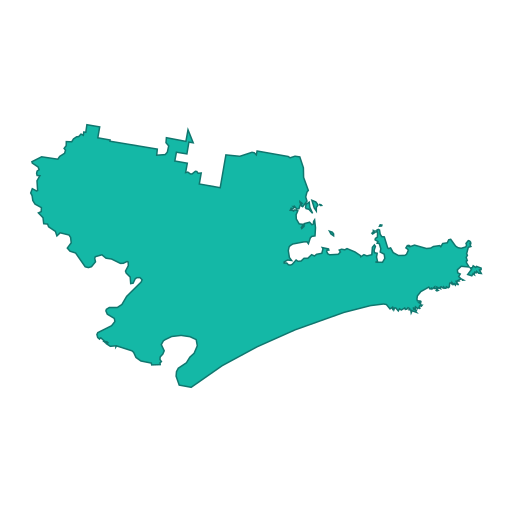 Port Stephens, New South Wales, Australia (Albers equal-area conic projection)
{"feature_id": "25037944B52772221720298", "entity_name": "Port Stephens", "entity_type": "district", "adm_level": 2, "iso_a3": "AUS", "parent_name": "Australia", "parent_adm1": "New South Wales", "projection": "albers", "projection_center": [151.986, -32.729], "detail": "fine", "context": "isolated", "style": "filled", "palette": "teal", "viewbox_px": 512, "rotation_deg": 0, "n_neighbors": 0, "source": "geoboundaries", "source_scale": "gbopen_adm2", "svg_char_len": 6079}
<svg xmlns="http://www.w3.org/2000/svg" viewBox="0 0 512 512"><path d="M39.1,169.7L37.1,171.1L36.6,173.3L37.1,175.5L39.9,175.7L37.0,180.8L37.6,190.5L36.6,191.0L32.3,188.7L30.7,193.0L32.1,195.7L32.8,200.5L35.0,204.1L41.4,207.6L41.2,211.6L38.4,212.9L43.0,217.7L43.7,223.7L47.6,224.1L48.6,226.8L55.4,231.4L56.9,235.9L60.2,232.8L69.0,235.0L70.6,237.4L71.2,242.8L67.3,248.1L70.0,251.2L75.6,253.0L85.2,266.8L88.4,267.6L91.5,266.7L95.5,261.8L94.7,258.3L95.3,256.7L101.9,254.8L106.0,258.2L111.5,259.0L120.4,263.4L123.3,263.3L127.0,261.5L128.2,262.1L128.3,265.7L125.5,271.1L126.2,273.1L130.2,277.1L130.7,283.6L133.1,283.2L135.2,278.8L136.8,277.7L140.0,277.6L142.1,279.8L141.1,282.1L126.7,296.3L121.9,304.5L117.3,307.5L109.3,307.5L106.4,309.3L105.9,310.9L107.3,314.2L114.3,318.4L114.9,321.5L111.6,325.7L97.8,332.6L96.9,334.5L97.7,337.5L99.5,339.1L100.6,337.8L100.9,337.9L104.2,340.9L103.8,341.4L106.0,341.6L105.1,342.5L106.3,343.4L107.4,342.3L108.0,342.8L106.8,344.0L110.3,346.3L116.0,345.8L115.9,346.9L116.6,345.9L131.9,350.8L133.6,352.3L136.0,357.5L140.9,361.0L151.3,363.1L151.7,364.9L160.2,364.6L160.0,362.8L161.4,361.6L159.9,359.4L160.2,356.9L162.8,354.1L164.2,350.8L161.3,344.6L163.4,340.8L165.2,339.6L171.7,336.5L181.1,335.4L190.0,336.7L196.2,339.6L197.3,345.8L194.1,353.3L189.9,357.1L186.4,362.8L178.3,368.2L176.5,371.6L176.1,376.2L179.2,385.1L191.2,387.3L222.3,365.6L257.1,346.8L295.2,329.8L344.0,312.4L370.5,305.6L383.5,304.0L386.4,304.5L390.0,308.9L392.1,307.5L392.5,308.7L392.9,307.7L393.8,309.9L394.5,308.0L395.8,308.0L398.3,310.9L399.5,308.8L401.3,310.0L404.7,308.0L405.6,310.1L405.3,309.0L406.8,309.2L408.0,307.7L409.6,308.6L409.0,309.7L410.8,310.0L411.2,312.8L412.1,310.8L416.4,312.3L415.7,311.5L416.5,310.2L413.5,309.1L413.5,308.0L415.3,308.4L415.5,306.9L417.6,308.6L418.8,307.6L420.1,308.9L419.3,306.7L419.8,305.6L421.3,306.2L422.1,305.2L421.0,305.1L420.5,303.5L419.0,302.7L421.0,301.9L420.6,301.1L417.4,300.8L416.9,299.2L417.4,295.9L420.8,291.6L428.8,287.1L430.1,289.0L431.4,288.1L431.9,289.1L434.4,287.1L434.4,288.5L436.2,288.2L436.8,289.2L438.0,288.4L437.1,287.2L440.6,288.7L440.2,287.3L441.1,286.7L443.2,288.1L443.7,286.9L444.7,288.3L446.0,288.2L446.4,286.8L448.1,287.8L449.3,286.9L449.7,283.2L450.9,282.9L451.9,284.0L452.0,282.5L453.4,284.4L454.2,283.6L455.4,285.2L456.3,283.4L458.5,285.0L456.1,281.3L458.8,281.0L458.1,280.4L461.1,278.9L458.7,276.6L460.2,274.0L457.7,272.8L457.4,269.8L461.2,266.3L469.1,267.0L466.5,262.8L466.3,261.0L467.3,260.6L466.2,257.4L467.4,255.3L466.6,253.8L468.3,247.3L470.9,246.5L470.2,245.4L470.7,243.7L470.0,243.6L470.7,242.3L469.6,241.0L468.3,240.6L466.0,243.4L466.6,245.2L465.8,246.9L461.2,248.3L458.0,247.7L455.6,246.1L450.7,239.3L448.7,239.8L447.3,242.8L442.7,243.5L440.8,246.7L439.7,245.6L433.4,246.5L430.7,248.1L426.5,248.5L414.5,245.1L410.2,246.6L409.6,245.7L409.0,245.4L408.1,245.3L409.5,245.8L409.4,246.6L407.4,245.8L407.7,245.0L405.9,247.9L407.9,249.4L408.2,250.6L406.5,254.3L404.9,255.4L398.4,255.5L393.2,252.6L390.6,247.9L388.6,248.6L387.7,247.9L384.3,236.9L381.7,236.6L380.2,234.2L379.5,230.0L378.3,229.4L376.9,230.1L377.2,231.5L376.1,231.2L377.6,232.9L377.4,237.1L375.4,238.4L375.1,239.8L378.0,241.6L377.1,243.2L379.3,243.6L380.8,248.8L380.2,252.0L384.2,254.2L384.8,258.4L382.5,262.3L375.4,262.2L377.5,261.4L376.5,257.0L377.2,253.3L374.5,252.7L374.1,250.4L375.4,246.4L374.4,244.9L372.4,247.3L371.8,254.7L366.9,255.9L363.9,254.7L360.8,256.8L360.4,255.6L354.9,251.9L347.0,248.6L344.8,249.8L341.6,249.2L339.2,250.1L340.4,252.0L338.3,254.3L329.6,254.8L327.8,253.8L326.7,251.6L327.0,250.2L328.8,250.1L328.5,248.9L322.3,247.6L323.0,248.8L321.8,253.3L316.5,254.3L314.5,256.0L311.6,254.7L307.8,258.3L304.0,258.3L301.0,261.1L297.9,261.3L296.1,260.0L292.2,264.4L290.3,265.1L288.4,264.8L286.7,263.0L284.2,263.1L284.1,262.0L287.6,260.0L291.6,260.5L289.4,257.5L288.3,250.7L289.0,247.1L290.1,245.7L292.8,244.0L303.8,241.9L307.0,241.8L308.4,243.7L310.3,237.9L311.8,236.4L315.0,235.9L315.5,227.8L314.6,219.9L313.6,221.4L313.5,222.9L314.2,223.2L313.5,224.0L311.9,224.7L309.6,222.2L304.3,223.6L304.4,225.0L303.4,225.4L304.0,226.5L301.7,228.5L301.1,226.8L301.5,227.5L302.1,226.3L302.6,227.2L303.5,224.4L299.2,223.9L296.3,219.0L296.1,214.7L297.8,210.8L295.0,209.9L293.7,210.3L293.6,211.7L293.2,210.4L290.2,210.3L291.1,208.5L291.4,209.3L294.1,207.7L293.3,206.7L294.3,206.9L293.8,205.6L296.8,209.0L298.9,208.7L301.1,202.8L300.0,202.7L299.9,201.6L302.0,203.3L301.4,203.5L301.6,206.1L302.7,206.7L307.0,201.1L305.7,197.0L306.9,192.2L308.3,190.4L303.6,177.4L303.4,167.8L299.8,156.9L295.0,156.2L290.1,157.8L288.2,156.5L257.1,151.0L256.3,154.9L254.3,152.8L252.0,152.3L239.8,156.3L225.9,154.9L220.2,187.7L199.3,184.0L201.2,173.0L198.1,173.3L196.8,171.5L195.4,171.3L192.1,173.9L190.5,174.0L187.8,172.1L185.6,172.6L187.3,163.2L174.8,161.0L176.4,152.2L186.9,153.9L188.9,142.1L193.2,142.8L188.0,129.8L185.9,141.4L166.4,137.7L166.0,142.7L168.7,145.9L167.3,152.2L165.2,154.6L156.7,155.2L157.3,149.1L109.9,141.2L110.1,140.0L97.8,137.8L99.7,126.9L86.9,124.7L85.8,132.3L83.8,132.0L83.3,135.3L81.0,134.1L78.7,136.6L76.6,136.8L73.5,138.9L71.7,141.8L66.3,141.6L66.2,145.7L64.1,148.4L65.5,150.1L64.6,153.3L59.7,156.4L57.8,159.2L41.6,156.8L31.9,161.7L32.3,163.1L38.1,167.0L39.1,169.7ZM476.6,271.3L478.6,273.2L481.3,273.5L479.5,270.0L481.1,269.6L481.1,268.1L476.5,266.4L475.7,267.5L473.2,265.8L472.4,267.7L470.3,267.9L471.4,269.5L467.7,274.5L471.8,275.8L472.9,274.0L474.2,274.7L473.6,273.4L474.5,273.4L474.8,272.1L476.1,272.8L476.6,271.3ZM316.3,207.4L317.9,205.2L317.4,204.1L315.8,201.9L311.9,200.3L314.2,207.9L316.3,211.0L316.3,207.4ZM305.5,207.5L306.1,208.6L308.9,209.3L312.6,213.3L309.8,207.3L309.2,202.2L306.1,204.3L305.5,207.5ZM329.5,231.2L330.9,233.9L333.6,235.8L333.6,233.9L332.3,232.2L329.5,231.2ZM371.9,233.2L372.6,234.0L375.0,232.4L373.3,230.6L373.1,232.4L371.9,233.2ZM379.5,226.2L381.6,226.0L381.9,225.1L380.2,224.8L379.5,226.2ZM436.1,290.4L436.9,290.9L438.2,290.4L436.6,289.4L436.1,290.4ZM319.2,204.2L320.5,205.5L321.6,205.4L321.2,204.9L319.2,204.2ZM462.0,279.3L462.5,280.2L463.5,280.1L462.0,279.3Z" fill="#14b8a6" stroke="#0f766e" stroke-width="1.5"/></svg>